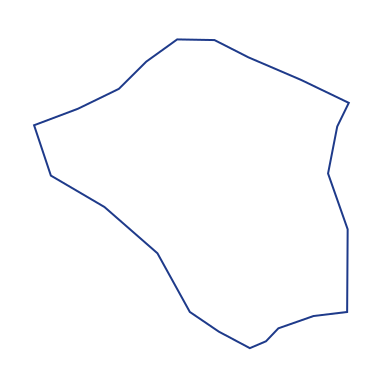 map outline of La Romana (Albers equal-area conic projection), rotated 273°
{"feature_id": "DOM-1988", "entity_name": "La Romana", "entity_type": "Province", "adm_level": 1, "iso_a3": "DOM", "parent_name": "Dominican Republic", "parent_adm1": "", "projection": "albers", "projection_center": [-68.979, 18.531], "detail": "fine", "context": "isolated", "style": "outline", "palette": "blue", "viewbox_px": 384, "rotation_deg": 273, "n_neighbors": 0, "source": "natural_earth", "source_scale": "10m", "svg_char_len": 432}
<svg xmlns="http://www.w3.org/2000/svg" viewBox="0 0 384 384"><g transform="rotate(273 192 192)"><path d="M289.2,343.9L265.0,333.6L217.6,326.9L162.9,349.4L80.3,353.2L74.5,319.8L60.4,285.4L46.8,273.7L39.1,257.9L53.9,226.2L72.1,196.1L129.0,160.7L172.4,105.4L201.0,50.2L250.4,30.8L269.2,73.8L291.2,113.6L319.8,139.5L343.6,169.2L344.9,206.5L329.5,241.1L309.5,295.4L289.2,343.9Z" fill="none" stroke="#1e3a8a" stroke-width="2"/></g></svg>